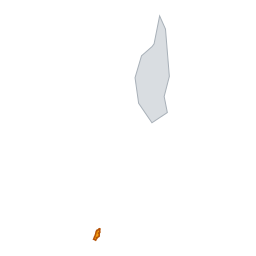 Ngerchol, Peleliu, Palau shown in context, rotated 346°
{"feature_id": "81905179B42625934985566", "entity_name": "Ngerchol", "entity_type": "district", "adm_level": 2, "iso_a3": "PLW", "parent_name": "Palau", "parent_adm1": "Peleliu", "projection": "orthographic", "projection_center": [134.258, 7.032], "detail": "fine", "context": "in_parent", "style": "filled", "palette": "amber", "viewbox_px": 256, "rotation_deg": 346, "n_neighbors": 0, "source": "geoboundaries", "source_scale": "gbopen_adm2", "svg_char_len": 1756}
<svg xmlns="http://www.w3.org/2000/svg" viewBox="0 0 256 256"><g transform="rotate(346 128 128)"><path d="M169.9,122.5L152.5,128.7L144.3,106.6L147.0,80.9L158.6,61.2L171.1,54.8L173.7,52.6L185.8,26.9L188.3,41.1L180.6,87.9L170.7,106.2L169.9,122.5Z" fill="#d9dde1" stroke="#a8b0b8" stroke-width="1"/><path d="M69.5,229.1L69.7,228.9L69.7,228.7L69.8,228.6L69.9,228.4L70.0,228.3L70.1,228.2L70.3,228.1L70.7,227.9L70.8,227.8L70.9,227.7L71.0,227.5L71.0,227.4L71.2,227.2L71.3,227.2L71.3,226.9L71.5,226.8L71.4,226.7L71.5,226.7L71.6,226.8L71.8,226.8L71.9,226.7L72.1,226.7L72.3,226.7L72.5,226.6L72.8,226.4L73.0,226.3L73.1,226.2L73.3,226.2L73.4,226.3L73.5,226.3L73.7,226.2L73.8,226.1L73.9,225.9L74.0,225.7L74.1,225.4L74.0,225.2L74.1,224.8L74.2,224.6L74.3,224.5L74.4,224.3L74.4,223.8L74.5,223.7L74.4,223.3L73.9,223.0L73.8,222.9L73.8,222.7L73.7,222.6L73.4,222.5L73.5,222.5L73.8,222.6L73.9,222.8L74.0,222.9L74.5,223.1L75.0,222.8L75.2,222.6L75.5,222.4L75.5,222.0L75.5,221.9L75.5,221.6L75.7,221.4L75.7,221.1L75.8,220.8L75.8,220.5L75.8,220.4L75.8,220.2L75.9,219.8L75.9,219.7L76.0,219.7L76.3,219.5L76.3,219.4L76.4,219.2L76.3,218.9L76.0,218.8L75.9,218.9L75.7,218.9L75.4,218.9L75.4,219.0L75.1,219.3L74.9,219.4L74.8,219.5L74.7,219.6L74.4,219.7L74.2,219.5L73.9,219.6L73.7,219.7L73.6,219.8L73.4,219.9L73.3,220.1L73.2,220.2L73.0,220.3L72.9,220.3L72.7,220.4L72.6,220.5L72.4,220.5L72.4,220.4L72.3,220.5L72.2,220.6L72.1,220.8L71.9,221.1L71.7,221.5L71.6,221.8L71.3,222.3L71.2,222.7L71.1,222.8L70.9,223.2L70.8,223.3L70.7,223.4L70.5,223.7L70.3,224.1L69.9,224.7L69.7,224.9L69.6,225.1L69.5,225.3L69.4,225.3L69.1,225.6L68.9,225.8L68.6,226.4L68.4,226.7L68.2,226.9L68.1,227.1L68.0,227.3L67.8,227.5L67.7,227.6L69.1,228.7L69.5,229.1Z" fill="#f59e0b" stroke="#b45309" stroke-width="1.5"/></g></svg>